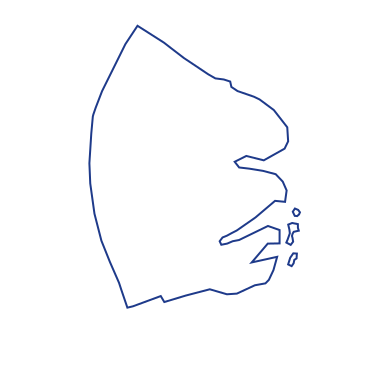 Dngronger, Palau, rotated 113°
{"feature_id": "81905179B16593070408987", "entity_name": "Dngronger", "entity_type": "district", "adm_level": 2, "iso_a3": "PLW", "parent_name": "Palau", "parent_adm1": "", "projection": "mercator", "projection_center": [134.479, 7.344], "detail": "fine", "context": "isolated", "style": "outline", "palette": "blue", "viewbox_px": 384, "rotation_deg": 113, "n_neighbors": 0, "source": "geoboundaries", "source_scale": "gbopen_adm2", "svg_char_len": 1337}
<svg xmlns="http://www.w3.org/2000/svg" viewBox="0 0 384 384"><g transform="rotate(113 192 192)"><path d="M247.4,88.7L242.8,86.9L232.1,86.5L218.4,88.3L233.5,109.5L209.9,102.1L205.1,91.3L192.8,96.5L193.6,108.8L217.8,129.9L221.4,135.3L225.7,139.4L229.1,144.4L226.5,147.3L221.9,146.1L218.6,142.8L214.3,139.4L210.0,135.8L190.6,123.6L167.7,112.1L164.7,102.5L153.6,105.5L147.0,112.5L142.9,121.9L144.8,134.9L148.1,148.3L151.0,158.2L147.5,164.5L137.6,156.1L134.8,138.3L115.9,123.7L107.8,123.3L95.2,129.6L84.6,148.7L80.4,166.0L80.1,172.2L81.3,189.5L79.9,196.8L75.4,200.0L76.0,206.7L78.3,214.9L77.3,223.1L71.9,251.6L67.7,267.8L65.5,276.1L60.3,307.1L81.9,311.1L134.3,314.2L151.9,313.6L159.1,313.1L161.2,312.8L177.4,307.6L205.6,297.7L223.9,289.0L250.1,273.3L272.2,256.4L288.5,240.2L304.1,223.7L309.7,218.8L323.7,206.3L320.3,201.7L300.0,180.1L304.1,174.5L289.7,157.2L274.6,137.6L272.5,119.9L268.0,111.0L253.3,97.7L247.4,88.7ZM202.1,80.5L198.2,79.5L194.9,81.6L193.4,82.8L191.0,83.1L188.9,82.8L185.9,78.6L183.6,80.5L180.2,82.0L181.4,87.7L184.4,90.7L188.5,87.7L191.8,85.8L198.3,85.4L201.7,85.4L202.1,80.5ZM221.1,75.2L221.3,71.3L217.9,70.6L214.5,71.3L212.3,69.8L207.7,71.4L208.9,74.8L214.2,75.9L221.1,75.2ZM168.5,84.7L167.0,87.3L167.0,90.8L170.8,91.5L173.8,88.1L173.1,85.8L170.8,84.7L168.5,84.7Z" fill="none" stroke="#1e3a8a" stroke-width="2"/></g></svg>